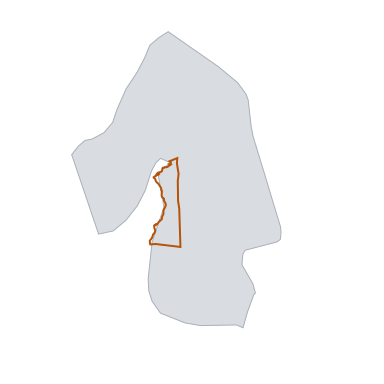 location of Tadjourah, Tadjourah, Djibouti, rotated 129°
{"feature_id": "41766387B13463549189785", "entity_name": "Tadjourah", "entity_type": "district", "adm_level": 2, "iso_a3": "DJI", "parent_name": "Djibouti", "parent_adm1": "Tadjourah", "projection": "albers", "projection_center": [42.755, 11.778], "detail": "fine", "context": "in_parent", "style": "outline", "palette": "amber", "viewbox_px": 384, "rotation_deg": 129, "n_neighbors": 0, "source": "geoboundaries", "source_scale": "gbopen_adm2", "svg_char_len": 2012}
<svg xmlns="http://www.w3.org/2000/svg" viewBox="0 0 384 384"><g transform="rotate(129 192 192)"><path d="M283.5,238.1L271.5,257.1L256.2,281.3L238.7,309.0L227.8,309.2L219.3,307.6L213.5,302.9L201.5,297.8L188.0,297.4L175.1,302.2L153.3,308.1L133.6,310.0L117.7,313.2L104.5,317.1L92.7,314.9L82.4,311.4L80.3,282.1L78.0,250.2L78.3,225.2L82.0,211.5L85.2,206.2L103.8,187.3L110.3,179.6L131.5,148.2L149.8,121.3L163.4,101.2L167.5,97.3L173.3,93.5L177.3,94.5L203.7,114.0L208.3,113.4L217.1,107.4L225.1,86.7L230.7,79.1L233.1,79.3L250.0,73.5L265.4,66.9L267.3,73.7L290.6,101.5L298.2,115.2L306.0,140.3L302.0,154.3L296.0,163.4L287.0,171.5L256.0,191.5L221.5,204.2L199.5,229.6L183.1,227.9L185.6,237.5L191.7,238.5L201.2,236.7L220.2,229.3L237.1,225.8L255.3,225.5L271.8,228.7L283.5,238.1Z" fill="#d9dde1" stroke="#a8b0b8" stroke-width="1"/><path d="M242.0,166.4L213.0,191.4L207.7,197.2L192.5,209.9L186.4,213.8L179.3,221.7L174.9,224.8L182.2,228.8L182.2,227.9L182.0,227.5L182.1,227.2L183.8,226.5L183.6,226.2L183.6,225.9L184.2,226.1L184.9,227.0L185.0,226.7L184.8,226.0L188.0,226.9L188.8,227.4L188.9,227.6L190.0,229.0L190.9,229.0L191.5,229.9L192.1,229.9L194.7,228.5L195.5,228.6L198.4,230.6L200.0,230.8L200.5,230.5L199.4,229.5L198.5,229.1L198.6,228.8L199.8,229.1L200.2,229.2L201.3,230.5L201.9,230.7L202.2,230.2L204.6,231.1L205.0,230.7L204.9,229.5L205.2,228.4L206.1,227.4L206.7,225.2L206.7,223.6L207.9,219.9L208.3,218.7L209.0,217.9L209.5,217.1L210.0,216.9L210.3,215.8L213.1,214.0L214.2,213.0L214.9,211.8L214.8,210.2L214.9,209.6L216.3,208.3L217.7,205.0L218.9,204.0L219.8,203.6L223.6,202.8L225.5,201.7L227.1,200.3L228.0,200.1L229.6,199.8L232.2,198.4L233.0,198.4L234.3,198.9L235.1,198.7L235.6,199.0L238.8,198.8L239.5,199.7L240.2,199.9L240.4,199.3L240.6,199.2L241.4,200.3L241.9,200.3L243.3,199.0L244.0,198.1L244.6,197.0L245.3,196.2L246.0,195.8L247.5,195.4L249.4,195.4L249.6,195.5L252.5,194.3L253.7,194.3L254.5,194.1L255.7,194.2L256.5,194.1L258.6,192.2L259.0,191.4L255.4,187.7L242.0,166.4Z" fill="none" stroke="#b45309" stroke-width="2"/></g></svg>